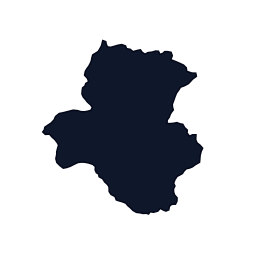 outline of Fortaleza de Minas, Minas Gerais, Brazil, rotated 71°
{"feature_id": "56859067B97541071314937", "entity_name": "Fortaleza de Minas", "entity_type": "district", "adm_level": 2, "iso_a3": "BRA", "parent_name": "Brazil", "parent_adm1": "Minas Gerais", "projection": "mercator", "projection_center": [-46.773, -20.89], "detail": "fine", "context": "isolated", "style": "filled", "palette": "ink", "viewbox_px": 256, "rotation_deg": 71, "n_neighbors": 0, "source": "geoboundaries", "source_scale": "gbopen_adm2", "svg_char_len": 2226}
<svg xmlns="http://www.w3.org/2000/svg" viewBox="0 0 256 256"><g transform="rotate(71 128 128)"><path d="M149.2,72.6L146.1,74.3L142.3,75.0L141.0,77.4L138.8,80.0L138.4,83.2L137.5,86.9L136.4,89.6L133.2,88.3L131.1,85.4L128.9,83.7L127.2,81.7L125.7,79.3L122.7,79.1L120.0,78.4L117.5,76.3L113.9,73.5L110.8,70.8L108.6,67.7L106.5,65.1L106.4,60.6L105.7,56.4L104.3,53.7L102.8,51.0L101.4,46.5L98.2,46.1L96.8,49.8L93.5,54.0L90.0,53.3L86.6,55.0L83.2,58.5L80.2,61.9L77.3,65.3L74.1,62.6L70.5,62.6L68.7,65.6L67.7,68.4L68.8,70.9L68.8,73.8L65.3,74.2L64.2,76.9L64.1,80.5L63.2,84.5L63.7,87.9L61.0,90.0L58.1,90.8L57.7,94.1L57.4,98.4L54.3,100.3L52.5,103.6L49.6,103.6L47.1,106.7L46.5,110.3L46.3,114.4L46.1,118.1L44.6,121.0L41.7,121.3L39.1,120.9L37.1,123.4L41.4,126.1L44.0,128.9L46.0,131.3L46.6,134.0L47.4,137.6L50.1,139.4L52.7,140.9L54.9,142.9L56.8,145.0L58.5,147.5L60.5,149.9L63.9,151.9L68.1,150.1L71.4,150.2L72.2,153.5L74.3,155.1L75.2,157.8L78.0,159.3L80.9,160.5L84.2,160.2L86.9,159.1L90.5,157.8L93.8,155.9L96.9,155.0L99.2,157.4L99.0,160.5L98.6,163.5L97.2,167.2L95.1,170.1L93.3,174.0L92.8,180.1L92.4,184.7L91.9,188.3L93.5,192.7L96.3,195.3L98.3,199.2L99.3,203.2L100.2,206.4L102.5,207.7L104.0,209.9L107.1,208.3L108.3,204.2L111.8,202.8L114.9,201.0L118.7,199.7L121.5,199.2L124.6,201.4L127.2,203.1L129.8,204.0L133.5,206.2L137.4,206.5L141.2,204.7L144.9,202.3L145.4,198.8L145.4,195.1L144.8,190.9L144.3,186.8L144.9,183.7L146.1,180.4L148.0,177.0L150.9,173.1L153.9,171.4L156.9,172.7L159.9,172.5L162.0,170.8L164.7,171.2L167.6,168.5L171.4,167.6L174.7,165.8L177.5,165.1L181.9,166.5L185.3,165.7L188.5,162.6L192.2,162.5L193.9,160.3L195.6,157.8L198.3,154.6L201.6,153.3L204.2,151.7L207.6,150.1L210.5,147.5L212.0,144.4L213.7,141.6L214.5,138.7L216.0,136.5L214.4,134.4L216.0,131.3L216.3,126.8L214.4,123.7L216.8,121.6L218.9,119.2L218.7,116.1L215.6,114.4L214.4,111.6L215.5,107.9L213.1,105.5L209.9,104.3L206.3,105.8L203.4,105.7L200.4,104.8L198.2,102.5L195.0,102.8L192.1,100.4L189.7,97.2L189.3,94.2L188.8,91.4L187.1,89.3L185.5,86.2L185.9,82.9L185.7,79.7L184.6,76.3L183.7,71.5L181.1,70.3L177.6,68.8L174.0,66.5L171.4,64.0L167.5,65.6L164.7,67.5L161.1,67.8L156.5,65.9L155.4,69.1L155.7,72.5L151.9,73.8L149.2,72.6Z" fill="#0f172a" stroke="#020617" stroke-width="1.5"/></g></svg>